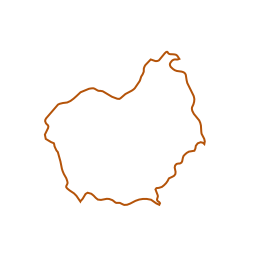 the District of Bagmati, rotated 127°
{"feature_id": "NPL-1130", "entity_name": "Bagmati", "entity_type": "District", "adm_level": 1, "iso_a3": "NPL", "parent_name": "Nepal", "parent_adm1": "", "projection": "robinson", "projection_center": [85.32, 27.846], "detail": "fine", "context": "isolated", "style": "outline", "palette": "amber", "viewbox_px": 256, "rotation_deg": 127, "n_neighbors": 0, "source": "natural_earth", "source_scale": "10m", "svg_char_len": 2382}
<svg xmlns="http://www.w3.org/2000/svg" viewBox="0 0 256 256"><g transform="rotate(127 128 128)"><path d="M94.9,57.4L94.7,59.2L95.6,61.4L98.3,63.1L101.4,63.1L103.9,61.8L106.2,61.3L110.2,65.1L112.5,66.1L114.9,66.6L116.9,66.8L118.6,66.3L122.0,64.7L123.5,64.5L125.1,65.2L126.2,66.5L127.5,67.6L129.6,67.8L131.5,66.9L134.4,63.6L136.2,62.5L138.2,62.4L140.0,63.1L143.6,65.0L146.4,64.5L149.2,64.4L152.1,64.8L154.7,65.5L157.2,67.3L158.9,69.1L160.5,69.1L163.9,63.7L164.8,62.9L167.5,61.9L168.3,61.0L168.5,59.8L168.4,58.4L168.8,57.2L170.5,56.8L171.2,60.0L171.4,66.4L173.3,70.2L175.7,73.4L178.4,76.0L181.7,78.2L187.1,80.8L189.8,82.5L191.7,84.7L192.1,86.2L192.7,89.4L194.9,92.4L195.1,93.8L195.0,95.2L195.0,97.0L196.0,100.3L197.3,102.3L201.7,106.3L203.3,109.0L203.2,111.8L202.7,114.7L202.6,117.7L204.0,121.3L206.2,122.2L211.9,121.6L215.0,121.9L215.4,121.8L213.2,128.4L212.7,131.8L213.0,137.0L212.9,140.1L212.5,141.6L211.7,142.3L208.9,142.9L208.2,143.2L207.0,144.5L205.3,147.0L203.3,151.6L201.8,154.2L200.3,156.3L195.4,161.8L189.5,169.5L189.0,171.6L187.6,174.3L186.8,175.7L185.4,177.2L184.8,178.1L185.4,180.3L185.6,181.2L186.2,187.1L183.3,190.4L176.1,191.8L174.6,192.6L174.0,193.6L173.9,194.9L173.6,196.4L172.4,198.3L171.1,199.0L169.4,199.2L151.5,198.0L150.7,197.6L149.9,197.2L147.2,195.0L144.2,191.9L141.0,190.2L137.3,189.1L133.3,188.3L128.0,187.4L120.2,182.8L118.5,181.2L117.2,179.7L116.7,178.3L116.7,178.1L116.3,174.8L116.0,173.9L115.5,173.1L114.9,172.3L114.4,171.3L113.9,170.4L113.7,168.8L112.7,159.6L111.1,154.2L110.4,153.1L109.8,152.3L108.4,151.8L102.4,150.5L96.0,147.5L93.9,146.8L92.2,146.5L83.7,146.9L82.4,147.2L79.0,148.4L76.4,148.6L73.6,149.3L70.9,151.2L68.9,151.8L67.4,152.0L59.6,151.1L58.1,146.5L57.5,145.6L56.6,144.7L55.3,144.0L46.2,143.6L44.2,143.2L43.6,142.6L43.6,141.9L44.1,140.8L44.1,140.0L43.7,138.8L42.1,136.5L41.2,135.0L40.7,133.9L40.6,132.9L40.7,132.1L40.9,131.3L41.6,129.5L41.9,128.6L43.2,129.4L43.6,129.8L44.2,130.6L44.7,131.4L45.5,132.3L46.5,132.9L47.5,133.3L48.8,133.4L49.9,133.4L50.9,133.3L51.8,133.0L52.8,132.0L53.5,130.6L53.8,127.6L53.7,125.5L53.1,123.4L50.7,119.1L50.2,117.7L50.0,116.8L50.1,115.2L50.8,113.8L54.6,109.9L56.4,107.7L62.8,95.0L63.8,93.7L65.0,92.4L67.2,91.0L69.7,90.0L73.0,89.3L74.3,88.5L75.6,87.0L77.1,83.9L79.1,75.7L80.4,73.4L82.1,71.3L87.0,67.1L88.3,65.8L90.8,60.6L92.5,58.6L94.9,57.4L94.9,57.4Z" fill="none" stroke="#b45309" stroke-width="2"/></g></svg>